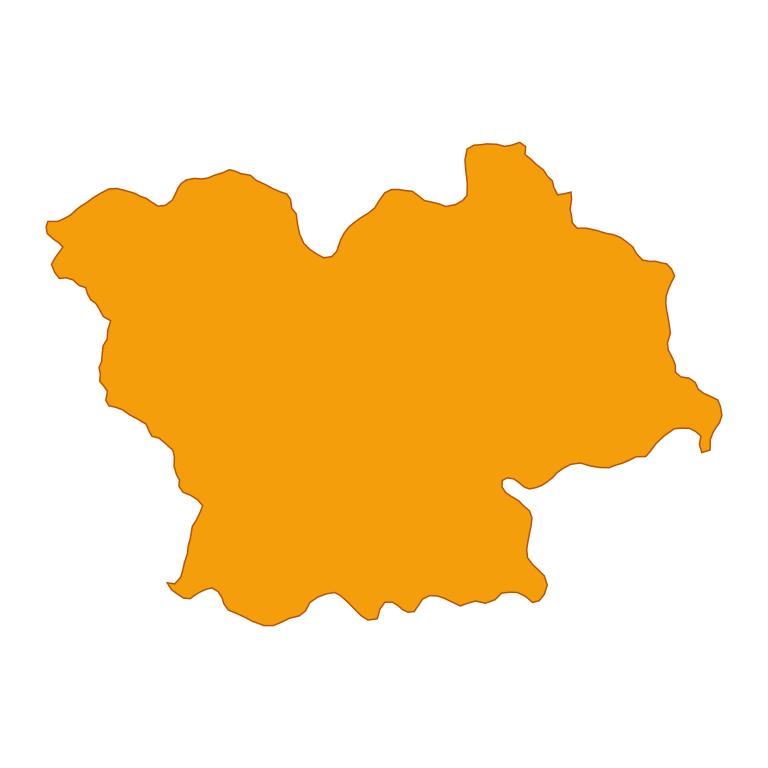 the district of Pratinha, Minas Gerais, Brazil
{"feature_id": "56859067B43634204872254", "entity_name": "Pratinha", "entity_type": "district", "adm_level": 2, "iso_a3": "BRA", "parent_name": "Brazil", "parent_adm1": "Minas Gerais", "projection": "orthographic", "projection_center": [-46.401, -19.763], "detail": "fine", "context": "isolated", "style": "filled", "palette": "amber", "viewbox_px": 768, "rotation_deg": 0, "n_neighbors": 0, "source": "geoboundaries", "source_scale": "gbopen_adm2", "svg_char_len": 3789}
<svg xmlns="http://www.w3.org/2000/svg" viewBox="0 0 768 768"><path d="M519.7,142.4L511.6,145.2L504.5,146.4L497.1,144.3L486.8,143.9L480.0,144.8L473.8,145.2L467.0,149.2L465.0,159.9L465.5,167.3L466.3,174.7L467.3,183.4L467.0,195.5L462.5,200.6L455.5,204.6L445.8,206.5L439.0,203.9L431.9,202.2L424.3,200.5L417.2,194.9L412.2,191.2L405.4,190.6L398.7,189.5L391.6,189.5L384.8,192.8L379.2,200.6L374.7,208.0L368.1,213.3L360.4,218.0L353.6,223.0L348.8,227.2L344.2,233.0L340.9,239.4L338.8,245.2L336.8,251.2L331.8,256.6L323.8,257.8L316.8,254.1L309.7,249.4L303.8,243.4L299.7,234.3L297.6,224.6L296.2,213.7L291.8,208.4L290.5,199.3L286.7,193.9L280.9,192.1L273.5,189.0L265.6,184.7L256.4,180.5L250.4,175.3L241.1,173.7L234.8,171.1L229.3,169.7L223.4,172.5L214.6,175.2L207.7,178.1L201.7,179.0L194.3,178.4L186.3,179.9L181.2,183.5L178.0,188.1L175.4,194.0L172.2,200.3L165.4,205.3L158.1,206.2L151.9,202.3L146.5,198.5L140.3,196.3L135.0,193.4L129.5,191.8L123.3,190.0L116.5,188.5L108.8,189.0L100.2,193.5L92.1,198.5L86.5,202.8L80.6,206.4L75.9,210.1L70.6,215.0L64.9,218.2L57.9,221.4L47.9,221.4L46.1,227.0L47.3,233.6L53.8,239.4L58.8,242.7L62.9,247.1L55.5,257.3L51.5,264.3L54.7,272.3L59.4,278.5L65.9,277.7L73.0,279.9L79.2,285.5L85.7,287.6L87.5,293.9L91.0,300.1L95.6,303.2L98.9,308.3L103.4,316.6L110.7,320.8L107.8,330.2L107.1,339.2L103.1,345.8L102.2,354.2L101.6,361.7L99.0,367.7L100.4,374.3L99.6,381.1L104.1,386.5L107.5,391.5L105.8,400.2L109.0,405.8L115.5,407.2L122.8,409.9L129.5,414.8L137.9,419.2L146.1,424.2L149.3,431.5L152.0,436.4L159.0,438.1L165.6,443.6L172.9,450.3L174.4,456.7L174.1,466.7L176.5,474.5L179.4,479.9L178.9,486.2L182.9,492.2L190.4,495.2L197.4,499.6L202.7,505.6L199.8,513.0L196.2,520.4L192.3,526.4L190.3,538.4L188.2,546.2L187.4,553.8L184.5,562.5L182.6,570.9L180.7,577.3L174.7,583.9L167.2,582.8L171.5,589.7L177.5,594.1L183.6,598.1L190.1,598.7L195.4,594.7L200.3,591.9L206.0,589.3L211.9,587.9L218.1,591.5L222.1,597.9L223.9,603.8L228.3,610.0L236.0,613.2L244.4,617.0L252.2,621.2L258.3,623.4L263.9,625.6L273.3,625.6L282.4,621.8L289.8,618.1L299.2,615.9L305.4,611.0L309.9,602.5L317.7,597.1L326.8,593.7L334.7,592.5L340.1,595.3L347.1,601.5L354.5,609.0L361.3,615.9L368.0,620.0L377.2,618.8L379.8,609.4L384.8,602.2L392.4,602.2L397.8,605.4L402.5,609.6L408.0,612.2L414.2,611.6L418.3,605.6L422.6,599.0L429.9,595.6L437.5,596.0L443.9,598.1L451.6,601.8L460.5,606.0L467.1,603.4L475.4,601.0L485.5,603.2L495.1,599.7L501.6,593.1L509.9,592.2L517.5,592.5L525.5,596.3L532.5,602.5L539.2,600.7L544.3,594.4L547.3,585.1L544.3,575.9L538.5,570.1L532.8,564.7L527.5,557.7L526.7,549.1L528.0,541.2L529.5,533.0L531.1,525.9L531.9,517.8L529.5,510.9L523.5,505.8L518.7,500.8L511.3,496.4L505.8,492.7L501.9,486.8L502.3,480.5L507.2,477.8L514.1,479.0L519.2,482.8L523.9,486.8L529.3,488.9L535.7,487.7L541.6,485.5L546.8,482.1L552.5,477.7L557.0,472.7L563.2,468.3L570.8,464.3L580.5,463.0L590.2,465.9L599.6,467.5L609.1,467.7L615.0,465.3L622.0,463.3L629.1,460.3L635.9,456.8L645.8,456.5L651.1,450.2L656.2,443.4L664.2,435.8L674.1,428.8L681.9,428.1L689.7,428.4L695.6,431.5L700.9,436.0L699.4,444.4L701.8,452.6L710.0,450.0L710.3,439.7L712.7,433.1L715.6,428.1L719.5,422.7L721.9,415.5L720.4,406.5L717.7,399.9L710.7,396.5L703.6,393.3L698.1,389.1L695.3,382.5L688.9,378.1L680.9,376.9L675.4,372.3L675.4,365.5L672.8,358.7L668.3,350.2L667.4,343.0L670.4,333.2L668.7,321.2L666.8,311.2L665.7,303.2L666.1,296.4L668.1,289.8L671.1,282.9L674.6,276.1L671.6,269.2L666.7,263.9L661.3,262.9L655.5,261.3L649.9,261.4L642.6,260.1L636.6,253.8L632.8,247.0L626.1,241.5L620.2,237.3L613.4,234.7L605.6,233.2L596.0,230.3L586.2,228.2L577.2,228.2L572.4,223.1L571.6,216.5L570.1,209.3L571.6,199.3L571.0,192.1L564.6,193.7L557.7,194.9L553.9,187.7L552.2,180.5L547.9,176.9L543.2,169.7L535.7,164.0L531.0,159.3L525.0,154.6L525.7,146.5L519.7,142.4Z" fill="#f59e0b" stroke="#b45309" stroke-width="1.5"/></svg>